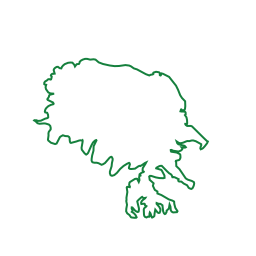 an SVG outline of Iceland, rotated 225°
{"feature_id": "ISL", "entity_name": "Iceland", "entity_type": "country or territory", "adm_level": 0, "iso_a3": "ISL", "parent_name": "Europe", "parent_adm1": "", "projection": "orthographic", "projection_center": [-19.868, 64.966], "detail": "fine", "context": "isolated", "style": "outline", "palette": "green", "viewbox_px": 256, "rotation_deg": 225, "n_neighbors": 0, "source": "natural_earth", "source_scale": "50m", "svg_char_len": 5140}
<svg xmlns="http://www.w3.org/2000/svg" viewBox="0 0 256 256"><g transform="rotate(225 128 128)"><path d="M184.5,74.5L186.4,74.5L189.4,72.9L190.6,71.9L193.6,68.4L195.4,67.4L198.3,67.4L199.7,67.0L199.7,67.3L198.1,68.8L196.7,69.3L194.8,71.5L193.2,76.0L191.9,78.2L192.0,79.2L193.9,80.8L195.9,81.6L197.6,80.5L198.4,80.8L199.2,82.0L199.7,83.2L199.9,84.5L199.8,87.1L198.9,89.8L197.6,92.1L197.9,92.7L199.1,93.0L204.6,91.1L205.2,91.2L205.6,91.8L205.7,93.1L206.1,94.3L206.8,95.3L206.7,96.4L204.5,100.0L207.3,97.6L209.5,96.8L213.5,97.5L215.2,98.6L216.4,100.7L217.7,99.8L218.3,99.8L219.3,101.0L219.5,102.3L219.0,104.2L218.9,106.0L218.3,106.8L217.1,107.4L216.8,108.0L217.5,109.3L218.4,110.5L219.6,110.5L219.9,111.0L220.0,111.8L219.9,112.6L219.6,113.2L219.0,113.6L218.3,114.6L221.5,116.4L221.9,117.1L222.1,118.2L222.0,119.4L221.6,120.8L220.8,121.7L218.6,122.0L217.3,123.0L217.9,124.4L218.1,126.2L217.9,128.4L216.5,131.7L215.0,133.6L213.5,134.9L210.6,134.7L209.0,134.0L209.4,136.8L208.0,138.6L208.4,140.0L209.0,140.7L208.9,142.6L208.3,144.5L207.2,146.6L205.9,147.9L203.1,149.6L200.9,152.3L199.3,153.4L195.1,153.7L190.9,155.6L185.1,159.3L181.2,162.3L178.2,165.5L174.3,170.7L171.3,173.0L169.5,173.7L166.0,174.3L163.1,175.8L153.4,178.7L150.1,180.2L149.7,181.5L148.4,183.4L148.3,184.1L149.0,184.6L149.1,185.3L147.9,187.6L145.5,189.3L144.4,189.3L142.9,187.9L142.3,188.0L142.1,188.2L142.1,188.6L142.9,190.3L141.5,191.1L135.1,193.2L124.0,191.9L119.6,190.4L114.3,188.1L111.1,187.4L106.5,187.3L102.9,183.9L101.2,181.8L101.0,180.9L101.2,179.9L101.6,179.3L102.2,178.9L103.4,178.9L103.6,178.6L102.7,176.9L101.8,177.5L99.4,179.8L98.3,179.7L96.9,178.5L96.9,177.4L94.2,176.9L91.9,175.4L89.6,173.3L89.2,172.6L90.4,171.4L90.2,171.2L89.3,171.0L87.6,171.3L85.0,173.9L83.9,174.4L67.1,174.5L62.8,174.6L62.0,174.9L61.3,173.2L60.8,169.4L60.7,167.0L60.9,165.8L61.5,164.4L62.4,164.7L63.2,165.8L63.9,167.5L64.8,168.3L70.7,166.6L73.1,165.3L74.2,164.1L75.4,162.0L76.7,160.9L77.3,159.9L78.6,156.7L79.5,155.2L80.4,154.1L81.6,153.4L84.1,152.9L82.5,152.1L80.9,152.1L75.4,155.4L73.5,155.3L73.6,154.8L74.4,153.8L76.4,152.2L75.1,152.0L74.6,151.3L74.6,149.6L75.6,147.1L80.1,143.8L81.7,143.3L82.2,142.7L81.6,142.1L80.7,141.8L76.2,145.1L72.9,146.2L72.0,146.0L70.3,144.5L69.8,143.9L69.2,142.3L69.3,141.4L70.9,138.7L70.7,138.2L69.7,137.8L66.9,135.2L62.5,135.3L51.6,133.2L49.3,133.7L45.4,135.7L43.1,136.3L42.1,135.7L41.2,134.5L40.4,132.9L39.8,130.9L40.2,129.6L41.7,128.9L42.8,128.6L45.7,129.3L49.4,128.1L51.8,127.9L52.4,127.8L53.9,126.4L54.6,126.1L55.6,126.6L56.0,127.6L59.8,126.3L61.1,125.6L61.2,125.1L61.8,124.6L63.6,125.5L65.0,125.6L66.9,125.1L70.1,125.0L77.4,125.1L78.5,123.9L79.0,122.8L79.8,120.0L79.5,119.4L74.9,121.9L73.9,121.8L68.7,120.2L66.9,118.6L67.6,117.4L70.4,114.8L73.3,112.8L77.6,110.6L78.6,109.7L78.7,108.7L76.0,106.7L70.8,107.0L69.5,104.7L65.3,103.2L62.3,103.9L60.9,102.5L57.0,104.2L48.6,106.4L45.2,108.1L43.4,108.6L41.5,107.0L38.1,105.0L34.2,104.2L33.9,103.1L36.4,100.2L38.0,99.7L39.6,100.1L42.5,102.5L44.5,103.3L42.1,99.9L42.2,98.7L42.2,96.8L41.4,96.0L40.8,93.9L41.1,93.2L42.2,93.1L44.2,93.9L49.0,97.7L51.4,97.3L52.8,96.0L54.7,95.2L54.2,94.6L50.0,94.3L47.7,93.5L46.6,92.4L45.7,90.5L46.1,89.7L47.3,89.2L51.0,89.6L48.8,86.4L47.2,84.5L47.1,83.7L47.3,82.6L47.5,81.9L47.9,81.6L51.9,83.6L52.8,83.7L52.1,82.5L50.3,80.7L50.3,80.1L51.1,79.6L51.5,78.7L51.6,77.9L52.9,77.2L54.2,77.3L55.4,78.0L59.2,81.5L59.7,82.5L59.8,83.7L59.6,85.2L59.7,85.8L61.3,85.4L62.5,86.1L63.1,85.9L64.8,83.7L65.8,84.3L66.4,85.4L66.6,86.4L66.6,87.7L66.2,90.5L66.3,90.9L67.4,89.3L69.3,89.3L69.5,88.5L69.7,85.6L69.7,83.2L69.5,82.6L63.6,79.0L62.6,78.1L61.4,76.4L61.7,75.5L62.9,74.9L64.7,74.6L68.7,74.9L69.2,74.5L68.4,73.6L66.5,72.9L66.1,72.4L66.0,71.4L63.7,71.9L61.2,71.8L58.8,71.0L58.8,70.3L59.8,69.2L61.9,67.5L62.8,67.0L65.5,67.5L68.2,67.1L70.4,67.8L72.1,69.7L74.4,73.0L77.7,75.2L78.0,75.9L79.8,77.6L83.2,82.3L86.8,85.0L87.0,85.7L86.3,86.5L84.9,87.4L85.2,87.9L87.0,88.6L88.3,90.4L88.4,91.2L87.1,96.8L86.4,97.9L85.6,98.5L82.2,97.4L83.0,99.2L85.4,101.1L85.9,102.2L85.5,103.2L85.8,103.4L86.7,102.9L87.1,103.5L86.9,105.2L86.5,106.7L85.8,107.8L86.0,108.3L87.0,108.1L87.9,108.5L89.2,110.1L90.3,114.9L90.8,116.5L91.3,115.1L91.9,111.6L92.4,109.8L92.8,109.7L93.2,109.2L93.6,108.1L94.3,104.2L96.7,101.3L97.8,100.4L98.8,100.2L99.3,100.6L101.0,103.7L102.1,104.2L102.6,104.1L103.4,102.0L104.3,98.0L104.6,93.5L104.1,88.5L104.4,85.0L105.5,82.9L106.9,82.3L108.7,83.1L110.0,84.4L112.5,89.3L114.6,91.9L116.3,94.6L117.3,95.5L119.0,96.0L119.5,95.8L119.8,95.1L120.0,94.0L119.5,87.0L120.0,84.8L120.7,83.3L123.9,82.3L125.6,81.3L127.2,79.7L128.6,78.8L129.6,78.7L130.8,79.3L132.0,80.6L133.9,83.2L136.4,87.6L139.4,90.8L141.2,96.0L141.5,96.9L141.9,97.0L142.3,96.3L142.5,95.3L142.5,93.0L141.6,89.9L138.6,82.2L138.5,80.8L138.8,79.6L140.8,79.4L145.3,80.0L146.8,81.1L150.1,85.8L151.0,86.9L151.6,87.2L151.7,86.6L152.9,85.7L153.7,84.6L155.0,81.9L157.8,77.1L158.4,76.9L159.3,77.2L160.9,78.4L161.7,79.3L163.2,80.0L164.7,79.7L166.7,77.9L168.9,76.8L169.6,74.4L169.7,73.4L167.5,66.5L168.2,65.1L172.1,63.1L175.6,62.8L176.4,63.2L178.8,66.4L180.5,68.0L181.3,69.3L181.7,72.3L182.7,73.4L184.5,74.5Z" fill="none" stroke="#15803d" stroke-width="2"/></g></svg>